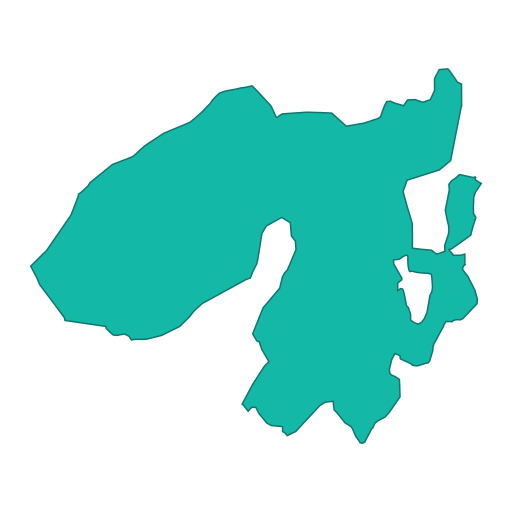 Hazm Al Odayn, Ibb, Yemen (Albers equal-area conic projection)
{"feature_id": "15242507B15559631909516", "entity_name": "Hazm Al Odayn", "entity_type": "district", "adm_level": 2, "iso_a3": "YEM", "parent_name": "Yemen", "parent_adm1": "Ibb", "projection": "albers", "projection_center": [43.968, 14.112], "detail": "fine", "context": "isolated", "style": "filled", "palette": "teal", "viewbox_px": 512, "rotation_deg": 0, "n_neighbors": 0, "source": "geoboundaries", "source_scale": "gbopen_adm2", "svg_char_len": 5029}
<svg xmlns="http://www.w3.org/2000/svg" viewBox="0 0 512 512"><path d="M78.6,194.0L78.0,196.9L72.9,210.2L71.0,215.1L46.3,250.9L42.3,254.5L42.0,255.0L30.7,266.2L36.7,277.5L39.8,284.8L53.0,302.3L53.3,302.7L64.4,317.7L64.9,320.2L65.0,320.3L65.0,320.5L70.9,321.3L78.3,322.4L105.7,326.4L106.4,328.8L108.4,330.5L110.9,333.0L113.3,335.0L117.1,335.4L124.5,333.9L128.9,336.2L131.4,339.9L135.7,339.3L146.0,339.3L161.6,335.4L179.6,326.5L181.9,324.3L186.8,319.5L189.8,316.4L194.0,311.0L196.6,308.6L202.2,303.5L216.7,295.6L245.9,279.6L250.3,278.0L253.1,271.0L256.6,264.2L257.7,260.1L261.9,233.4L266.4,225.9L272.7,222.4L279.3,218.8L279.9,218.5L281.7,217.5L288.6,221.6L290.3,222.6L291.4,236.0L295.4,241.2L295.6,244.2L296.0,249.6L292.1,258.8L289.2,265.7L288.7,266.9L288.7,267.0L288.1,268.3L287.7,269.3L287.5,269.8L284.7,272.8L282.5,276.8L279.7,288.2L263.1,307.8L255.8,326.0L252.7,333.8L256.6,340.6L259.6,342.2L260.1,344.6L261.9,349.6L263.1,351.7L268.2,360.4L268.9,361.5L264.2,366.5L252.7,384.3L242.1,404.2L243.3,405.0L248.1,411.2L251.8,407.3L255.8,407.3L256.9,409.5L259.1,413.7L267.0,423.2L271.2,425.5L275.1,425.9L282.6,426.6L282.6,431.6L285.1,433.0L287.2,435.6L295.9,431.4L301.0,425.8L319.9,405.5L324.0,403.0L325.5,402.1L327.6,401.9L333.1,401.3L333.8,407.0L334.1,409.6L334.1,409.8L335.8,411.5L337.0,412.8L345.2,423.0L348.7,425.1L351.3,427.0L351.6,427.4L352.8,429.5L355.7,436.2L356.7,437.6L359.4,441.5L360.1,442.7L361.6,443.1L362.9,443.1L364.9,441.9L367.5,436.7L371.9,428.4L372.8,428.0L374.9,423.2L378.1,420.7L380.9,419.2L384.9,417.2L388.9,412.8L390.2,411.0L391.0,409.8L392.0,408.4L392.7,407.4L399.8,397.2L400.0,396.9L399.9,392.0L399.8,389.1L399.6,383.1L399.5,381.7L399.4,379.5L395.4,376.7L391.4,375.0L389.8,373.5L389.6,371.4L389.4,369.4L390.0,366.6L390.4,365.2L390.6,364.2L391.8,359.3L394.9,353.6L395.0,353.5L399.9,355.6L400.4,358.9L403.2,360.2L406.1,361.5L409.7,363.2L411.1,363.8L412.0,364.9L412.3,365.2L415.9,365.8L417.7,365.8L426.6,363.1L428.1,362.9L429.6,361.1L430.4,358.6L432.8,350.5L432.8,350.0L432.8,348.4L433.1,346.6L433.7,344.4L443.7,325.9L443.8,325.0L444.1,324.6L446.0,321.5L446.4,321.5L452.3,321.7L453.2,320.6L455.6,319.8L457.6,319.7L460.4,319.8L462.8,318.7L463.0,318.5L464.4,317.0L468.7,312.5L474.0,306.9L477.0,303.7L477.4,299.0L475.2,291.3L474.8,290.0L472.8,286.1L469.8,280.2L467.6,276.0L462.5,269.4L463.0,267.1L463.4,266.2L464.0,265.4L465.2,264.7L464.9,264.2L464.8,254.1L460.7,255.2L453.2,255.3L453.2,255.0L448.9,249.6L451.8,248.8L452.7,248.1L468.9,236.5L470.8,235.1L471.6,231.5L473.0,226.4L473.3,225.4L474.3,222.4L474.7,221.1L475.1,219.9L475.9,217.5L473.5,213.4L473.4,206.1L473.6,202.0L473.7,197.4L475.4,192.3L481.3,183.4L478.8,182.1L475.5,179.9L475.2,179.2L475.4,178.5L475.7,177.6L475.4,177.1L474.3,177.1L473.4,177.6L461.7,175.0L460.2,174.6L458.7,175.1L456.6,177.3L451.6,180.8L448.9,184.3L449.3,190.1L445.6,208.7L445.3,210.1L447.1,219.7L448.5,225.3L448.9,230.0L448.5,233.9L447.4,237.2L444.7,245.4L444.8,248.4L444.8,249.9L444.8,251.4L436.7,254.2L431.6,250.2L425.2,249.6L421.3,249.3L420.5,249.2L412.4,248.2L412.4,235.8L412.3,228.0L412.3,223.8L410.9,218.9L409.4,213.8L407.8,208.6L407.2,206.6L406.0,202.2L405.7,201.2L403.7,193.8L403.1,191.4L404.7,187.0L407.1,180.2L420.6,175.9L437.8,170.4L439.4,169.9L450.6,160.6L461.2,107.0L461.6,106.6L461.5,84.1L459.7,83.2L457.5,82.2L455.7,79.6L449.5,70.6L447.8,68.9L439.2,69.6L438.9,70.2L434.5,78.7L434.6,90.4L430.3,99.7L422.7,102.3L422.3,102.1L415.2,99.6L407.5,100.0L403.6,105.7L398.5,104.2L394.6,103.1L390.3,101.2L386.7,101.6L384.4,106.0L383.8,107.8L382.7,110.3L380.8,116.2L380.7,116.4L380.7,116.6L378.3,118.4L363.7,123.2L361.2,123.6L346.3,126.2L332.1,113.4L331.8,113.1L329.9,113.0L322.8,112.7L320.8,112.6L306.8,112.2L292.0,113.2L283.6,113.8L282.2,113.9L279.2,115.8L278.9,116.0L278.0,116.9L277.2,117.4L276.3,117.1L275.4,115.6L272.8,109.7L270.8,105.7L270.4,105.2L260.6,94.8L260.7,94.7L258.5,92.4L257.6,91.4L252.1,85.9L244.0,87.6L242.6,87.7L241.4,87.8L235.1,89.3L234.8,89.3L229.3,90.3L224.4,91.3L219.6,93.1L216.1,96.2L212.4,100.2L209.9,103.9L206.6,107.0L202.7,111.4L194.3,118.8L189.9,122.3L184.6,124.6L179.8,126.6L169.8,130.7L163.5,133.4L144.5,146.0L144.3,146.2L141.0,149.2L133.8,155.8L131.5,157.1L115.3,163.4L112.6,164.4L106.0,169.7L90.0,182.7L88.1,185.9L80.3,193.0L78.6,194.0ZM409.1,270.6L409.7,271.6L411.9,271.2L417.4,272.5L418.6,272.6L420.7,272.8L429.7,273.5L429.7,273.8L431.1,273.9L431.3,274.7L431.8,276.9L432.5,286.8L432.0,291.2L430.0,295.3L426.9,312.8L424.3,318.6L421.7,322.2L418.0,324.3L417.3,323.8L416.0,323.3L414.1,322.5L412.2,321.3L410.7,320.0L410.6,319.9L410.6,319.4L410.6,317.4L410.6,316.2L410.6,315.9L410.6,314.1L409.3,310.4L408.4,307.7L406.5,305.6L406.3,304.6L404.6,295.8L403.2,290.0L402.3,288.9L401.8,288.7L400.9,288.6L400.3,288.7L399.4,289.5L397.7,290.6L397.7,284.4L397.6,283.2L401.8,279.7L401.8,278.4L401.8,278.0L398.1,271.6L393.9,264.1L393.5,261.3L393.6,259.8L395.8,259.7L399.0,259.2L401.2,258.1L402.4,256.9L404.2,256.0L405.7,255.3L406.6,255.2L407.6,255.7L407.9,257.3L407.8,259.6L408.0,264.2L408.2,266.5L409.1,270.6Z" fill="#14b8a6" stroke="#0f766e" stroke-width="1.5"/></svg>